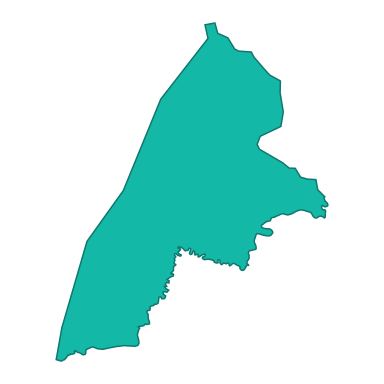 Villa Sara, Treinta y Tres, Uruguay (Robinson projection)
{"feature_id": "84410073B51130607975683", "entity_name": "Villa Sara", "entity_type": "district", "adm_level": 2, "iso_a3": "URY", "parent_name": "Uruguay", "parent_adm1": "Treinta y Tres", "projection": "robinson", "projection_center": [-54.408, -33.348], "detail": "fine", "context": "isolated", "style": "filled", "palette": "teal", "viewbox_px": 384, "rotation_deg": 0, "n_neighbors": 0, "source": "geoboundaries", "source_scale": "gbopen_adm2", "svg_char_len": 6076}
<svg xmlns="http://www.w3.org/2000/svg" viewBox="0 0 384 384"><path d="M324.8,196.8L317.7,189.7L315.9,179.6L307.3,179.1L300.6,177.2L295.2,168.3L289.2,168.1L282.8,162.9L259.5,149.3L257.1,144.5L260.2,136.3L280.9,126.4L283.3,111.9L280.1,92.8L280.4,81.0L269.6,75.0L263.5,68.2L253.9,57.1L251.3,52.0L238.7,51.1L234.7,49.1L227.8,37.8L217.7,33.3L214.9,23.0L205.0,24.8L208.0,38.4L160.8,99.1L123.3,190.6L87.0,241.4L61.9,327.6L56.2,359.6L60.8,361.0L62.3,360.8L62.9,360.3L63.6,359.8L64.4,359.8L64.9,359.2L65.4,358.7L65.5,358.3L66.1,358.0L66.6,357.3L67.2,356.2L67.7,355.4L68.1,355.6L68.3,355.5L68.2,355.2L68.6,355.1L68.6,354.9L69.2,354.8L70.1,354.7L70.3,354.6L70.2,354.3L70.2,354.2L71.2,354.2L72.7,354.1L74.3,353.5L74.8,352.9L74.9,352.2L74.5,351.2L75.3,350.6L77.2,352.1L78.4,352.6L79.4,352.6L83.0,354.8L85.0,354.5L85.8,353.1L85.6,351.8L86.3,349.5L92.5,346.8L97.8,348.8L103.1,349.3L109.2,347.9L116.6,346.5L124.3,345.6L130.0,346.0L135.2,346.2L137.7,345.5L138.9,343.6L138.8,340.5L137.3,335.0L138.3,331.2L138.8,329.8L139.2,329.0L139.6,328.3L138.9,327.6L138.5,327.1L138.2,326.7L138.6,326.6L139.1,326.5L139.9,326.5L142.2,326.0L143.9,325.6L144.6,324.5L145.2,324.1L146.0,324.2L146.6,324.5L149.5,323.9L149.4,321.9L148.5,319.4L148.1,317.0L148.1,314.2L146.8,312.4L147.3,310.6L149.6,310.4L150.3,308.7L149.8,307.1L151.2,306.0L153.6,305.5L154.5,304.3L156.3,304.2L158.1,303.1L158.4,301.8L158.7,299.2L158.9,297.2L160.8,296.9L161.9,298.9L164.7,298.5L165.7,296.0L163.3,294.1L163.1,291.8L165.0,291.8L167.0,292.2L168.7,290.2L165.9,288.6L164.5,286.5L166.7,286.4L165.4,284.4L166.6,282.3L168.9,283.0L169.2,280.9L167.0,279.5L169.1,277.9L171.2,276.7L173.2,276.1L173.4,275.3L173.6,274.7L173.0,273.9L172.3,273.9L171.4,274.0L170.9,273.4L171.1,272.6L172.0,272.2L172.8,271.3L173.5,270.4L173.5,269.3L173.4,267.8L173.7,266.7L174.3,266.0L174.9,265.6L175.4,265.4L175.8,264.9L175.7,264.4L175.1,264.1L174.4,263.8L174.0,263.2L174.2,262.3L174.4,261.5L174.7,260.8L174.9,260.2L174.9,259.7L174.5,259.2L174.2,258.7L174.5,258.1L175.5,257.3L175.8,256.7L175.6,256.2L175.1,255.8L174.7,255.4L174.5,254.7L174.5,254.2L174.8,253.7L175.2,253.5L175.8,253.6L176.4,254.0L177.0,254.7L177.3,254.9L177.9,255.3L179.4,255.8L180.0,256.1L180.7,256.0L181.1,255.6L181.1,254.9L180.6,254.6L179.9,254.3L179.1,253.9L178.7,253.3L178.1,252.6L178.0,252.1L178.5,251.4L179.3,251.0L179.8,250.4L180.4,249.9L180.5,249.3L180.2,248.8L179.7,248.5L178.8,248.3L178.2,248.1L178.0,247.6L178.3,247.0L178.9,246.7L179.6,247.0L180.4,247.2L180.9,247.2L181.8,247.7L182.6,248.2L183.3,248.7L183.8,249.3L184.1,249.9L184.6,250.4L185.2,250.8L186.0,250.8L186.6,250.5L187.1,250.3L187.9,250.3L188.3,250.1L188.4,249.5L188.6,249.0L189.1,248.3L189.7,248.2L190.4,248.5L190.6,249.0L190.6,249.9L190.3,250.6L190.2,251.3L190.0,251.8L189.6,252.4L189.5,252.9L189.6,253.6L190.0,254.2L190.5,254.5L191.1,254.4L191.9,253.9L192.4,253.2L192.8,252.3L193.0,251.6L193.6,251.0L194.1,251.2L194.5,251.8L194.7,252.4L194.9,253.2L194.5,254.2L194.8,254.8L195.6,254.9L197.1,254.3L197.5,254.3L197.9,254.7L198.3,255.1L198.2,255.5L198.0,255.9L198.0,256.5L198.2,256.9L198.9,256.9L199.6,256.6L200.2,256.2L201.0,255.5L202.6,254.8L203.3,254.5L204.4,254.1L205.0,254.2L205.2,254.6L204.9,255.9L204.4,256.5L203.6,256.9L202.9,256.9L202.5,257.4L202.4,257.8L202.5,258.4L203.1,259.0L203.6,259.3L204.4,259.6L205.1,259.6L207.6,259.2L208.5,259.3L209.4,259.2L210.0,259.4L210.6,259.6L211.8,259.9L212.4,260.2L213.0,260.2L213.4,260.2L213.7,260.5L213.9,261.3L214.1,261.9L214.6,262.3L215.2,262.6L216.4,263.0L217.1,263.0L217.6,262.9L218.0,262.8L218.2,262.4L218.1,261.8L217.9,261.3L217.8,260.7L218.0,260.0L218.4,259.8L218.8,259.8L219.2,259.8L219.8,260.2L220.0,260.5L220.2,261.1L220.1,261.7L219.9,262.3L219.9,262.8L220.5,263.7L220.7,263.9L221.2,264.5L221.6,264.6L221.9,264.5L222.3,264.3L222.7,263.8L223.1,263.4L223.6,263.1L224.1,263.1L225.1,263.4L226.0,263.8L226.5,263.7L227.4,263.1L227.9,263.0L228.6,263.1L228.8,263.4L229.1,264.1L229.2,264.7L229.1,265.2L229.4,265.5L229.7,265.8L230.2,265.7L230.8,265.3L231.2,264.9L231.8,264.4L232.3,263.8L232.9,263.5L233.5,263.4L233.9,263.5L234.6,263.7L235.2,264.0L235.8,264.4L236.4,264.8L237.0,265.2L237.8,265.5L239.3,266.1L239.8,266.4L240.0,266.9L239.9,267.4L239.9,268.0L240.0,268.5L240.4,269.2L241.1,269.9L241.9,270.3L242.8,270.4L243.6,270.2L244.3,269.5L245.0,268.6L246.1,266.5L246.6,265.7L247.1,265.2L247.6,265.2L248.3,265.4L248.6,265.2L248.3,264.7L247.8,264.3L247.3,263.8L247.0,263.3L246.9,262.7L247.0,262.0L247.2,261.4L247.7,260.6L248.7,259.2L249.1,258.4L249.1,257.6L249.0,256.7L249.1,255.6L248.9,254.7L248.5,254.0L248.4,253.2L248.5,252.5L248.7,251.7L249.1,251.1L249.9,250.7L250.9,250.5L251.8,250.3L252.9,250.0L254.2,249.6L255.2,249.5L256.1,248.9L256.1,247.7L256.0,246.5L255.7,245.4L255.2,244.2L254.6,243.0L254.2,241.5L254.4,240.1L254.6,239.1L255.1,237.9L255.4,236.9L255.7,235.8L256.1,234.7L256.8,233.9L257.6,233.6L258.4,233.7L260.5,234.3L263.3,235.2L264.9,235.5L265.8,235.6L266.7,235.8L267.6,235.8L268.7,235.9L270.0,235.7L271.1,235.0L272.1,233.8L272.8,232.7L272.6,231.7L272.0,230.6L270.7,229.4L270.1,229.1L268.9,228.8L268.0,228.7L267.0,228.7L266.2,228.6L265.3,228.6L264.2,228.4L263.0,228.0L261.8,227.5L261.4,226.5L261.6,225.4L262.2,224.7L263.2,224.1L264.0,223.5L264.7,222.8L265.6,222.1L266.5,221.7L267.7,221.4L270.1,220.8L270.8,219.8L270.8,219.1L271.2,218.2L271.9,217.6L272.8,217.5L274.4,217.2L276.8,216.0L278.2,215.4L279.3,215.0L280.2,214.5L281.1,214.1L282.4,213.7L283.8,213.9L285.0,214.3L286.2,214.6L287.4,214.9L289.0,214.7L292.7,213.4L294.1,212.4L296.1,211.4L298.8,210.3L300.1,210.0L301.8,210.0L304.0,210.4L305.6,210.8L306.8,211.3L308.3,211.7L310.1,212.2L311.4,213.1L312.0,214.3L312.9,215.9L313.5,216.7L314.3,217.4L315.1,217.9L316.3,218.0L317.2,217.7L318.0,217.1L319.1,216.4L320.6,216.1L322.4,216.5L323.7,217.5L324.5,217.9L325.2,217.2L325.3,215.5L325.3,213.6L325.4,212.4L325.6,211.4L325.4,210.2L324.4,209.7L323.5,210.0L322.4,209.3L321.7,207.9L321.6,206.8L321.8,205.9L322.4,205.4L324.0,206.4L325.0,206.8L326.6,206.5L327.8,205.7L327.8,204.4L327.3,203.2L326.5,202.3L325.4,201.3L324.8,200.1L324.3,199.2L324.0,197.9L324.1,197.1L324.8,196.8Z" fill="#14b8a6" stroke="#0f766e" stroke-width="1.5"/></svg>